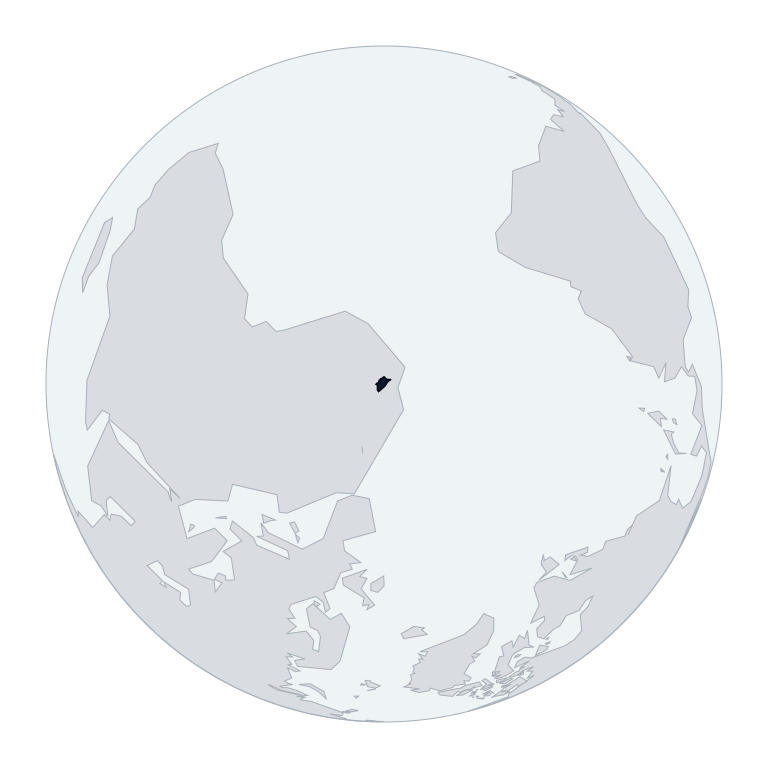 globe centered on Brakna, rotated 176°
{"feature_id": "MRT-2784", "entity_name": "Brakna", "entity_type": "Region", "adm_level": 1, "iso_a3": "MRT", "parent_name": "Mauritania", "parent_adm1": "", "projection": "orthographic", "projection_center": [-13.723, 17.338], "detail": "fine", "context": "on_globe", "style": "filled", "palette": "ink", "viewbox_px": 768, "rotation_deg": 176, "n_neighbors": 0, "source": "natural_earth", "source_scale": "10m", "svg_char_len": 9978}
<svg xmlns="http://www.w3.org/2000/svg" viewBox="0 0 768 768"><g transform="rotate(176 384 384)"><circle cx="384" cy="384" r="338" fill="#eef3f6" stroke="#a8b0b8"/><path d="M170.6,122.0L166.3,125.6L174.5,118.9L184.2,111.5L185.1,110.8L206.0,96.7L228.0,84.3L250.8,73.4L274.4,64.4L298.6,57.1L323.2,51.6L318.8,52.7L281.7,63.4L281.2,66.1L254.6,82.8L261.4,80.7L255.6,87.2L261.3,87.6L254.7,91.6L264.9,88.7L269.8,85.0L276.0,82.8L279.8,83.0L272.1,87.7L269.0,88.3L268.8,89.9L263.3,92.3L268.1,91.3L258.4,97.6L273.6,91.9L270.4,97.6L262.4,101.7L256.1,100.4L221.9,110.2L211.9,115.8L204.0,124.0L204.3,140.3L196.1,147.6L190.3,158.1L198.0,153.9L205.3,144.4L218.2,140.3L225.6,130.3L232.0,127.5L242.5,118.6L248.5,121.2L248.7,129.1L240.3,137.0L240.1,141.1L254.3,135.2L244.6,152.8L248.7,170.2L245.4,175.3L227.7,180.5L212.1,175.1L189.2,185.9L211.7,180.8L203.0,195.1L204.8,198.7L209.7,199.5L216.0,195.1L214.7,200.9L191.9,207.1L192.8,201.9L200.0,199.6L192.6,197.7L177.2,203.8L174.0,211.5L154.2,215.5L151.6,221.5L145.9,226.3L151.3,216.3L141.2,234.9L117.4,248.5L103.3,282.7L108.8,252.9L105.8,246.6L100.7,243.2L98.1,248.6L94.9,239.1L85.8,245.5L73.3,270.3L67.1,292.9L71.6,300.0L77.2,290.3L82.9,292.4L69.8,320.4L78.3,332.8L72.2,355.5L73.5,370.0L80.0,370.8L86.0,380.6L93.4,369.6L104.1,366.6L101.1,385.9L109.4,370.8L113.6,382.4L136.6,390.0L134.1,393.8L153.0,423.2L178.4,439.9L184.3,455.4L180.7,463.2L190.7,467.9L190.9,473.6L234.7,490.4L260.6,508.0L262.2,527.0L245.1,545.8L240.6,587.6L212.9,595.5L213.2,611.0L204.5,629.8L186.7,623.4L199.5,636.5L195.9,640.8L186.5,638.1L191.5,645.6L184.9,643.3L194.1,650.1L193.6,656.2L205.6,665.3L207.9,669.9L216.1,675.2L213.2,673.9L212.8,674.2L216.2,676.5L202.7,668.8L187.2,657.6L183.4,653.6L179.3,651.1L170.1,639.8L169.5,640.9L151.1,619.1L142.8,602.3L119.0,545.4L111.3,531.6L94.6,510.9L73.5,456.8L75.5,439.8L72.5,429.0L82.5,407.3L82.3,380.3L79.4,374.6L75.0,382.2L67.5,359.1L68.3,337.2L63.2,283.1L66.5,271.0L72.7,255.4L102.1,197.6L74.9,247.8L79.9,236.6L91.4,214.9L104.5,194.1L119.0,174.3L134.9,155.6L152.2,138.2L170.6,122.0ZM98.1,293.8L108.3,318.7L98.3,315.9L100.9,313.8L99.2,304.8L94.7,294.6L87.1,293.7L98.1,293.8ZM112.2,279.0L110.0,276.2L112.7,277.6L112.2,279.0ZM184.0,111.6L183.9,111.7L173.3,119.8L175.3,118.2L184.0,111.6ZM238.4,117.9L240.3,118.2L237.4,119.7L238.4,117.9ZM241.1,113.9L236.3,115.4L236.9,113.7L239.9,112.8L241.1,113.9ZM246.9,112.6L238.5,110.7L239.6,108.0L251.8,102.6L246.9,112.6ZM269.7,83.9L264.7,87.7L265.4,84.5L269.7,83.9ZM268.7,82.5L262.1,77.7L271.5,72.8L271.8,75.1L281.1,69.4L288.9,69.3L285.6,72.4L277.9,75.4L286.7,73.2L268.7,82.5ZM278.5,81.7L276.3,80.8L284.3,76.5L290.1,77.4L285.6,78.5L278.5,81.7ZM279.7,68.3L286.6,65.6L294.9,64.7L298.7,63.6L289.9,68.9L279.7,68.3ZM285.8,79.6L292.8,78.1L292.5,80.6L281.1,82.3L285.8,79.6ZM283.9,75.1L288.0,73.2L287.6,74.5L283.9,75.1ZM295.5,89.5L292.7,87.9L296.6,85.4L295.5,89.5ZM295.5,77.5L295.5,76.7L296.8,75.7L301.2,75.4L295.5,77.5ZM296.3,68.2L298.3,68.6L300.4,65.9L306.6,65.6L299.6,69.4L305.3,67.7L307.2,67.6L299.3,70.9L296.3,68.2ZM309.5,72.2L302.7,77.8L307.0,81.0L303.6,83.1L297.3,77.8L309.5,72.2ZM304.2,71.0L306.7,72.2L301.2,74.0L296.2,74.4L304.2,71.0ZM313.4,64.2L305.6,63.7L307.4,62.9L313.4,64.2ZM311.8,72.7L313.4,71.4L312.7,72.7L311.8,72.7ZM314.1,66.2L311.1,66.0L313.2,65.2L314.1,66.2ZM319.0,69.2L316.8,70.9L313.3,71.0L319.0,69.2ZM317.7,67.5L321.3,66.5L313.4,70.1L316.0,67.5L317.7,67.5ZM316.6,65.5L316.9,64.9L317.6,65.7L316.6,65.5ZM333.6,68.2L324.5,72.7L316.7,72.8L326.7,68.3L333.6,68.2ZM228.8,683.3L205.6,670.6L217.0,677.1L216.2,675.5L231.5,683.6L228.8,683.3ZM230.2,679.7L234.4,679.9L238.0,681.6L235.8,682.0L230.2,679.7ZM705.3,279.2L708.2,288.8L714.3,312.6L716.4,323.2L718.6,337.1L708.5,299.8L698.1,272.5L698.1,278.6L684.6,261.2L672.0,273.3L667.0,267.2L665.3,273.3L655.3,270.5L646.3,260.4L641.7,264.2L664.9,290.8L669.4,287.0L668.6,271.3L674.6,282.1L683.8,288.0L685.3,322.9L661.2,366.7L653.4,344.3L606.8,291.3L605.2,283.8L604.8,283.1L603.9,281.8L605.2,294.4L595.3,284.0L626.1,322.4L633.6,340.8L660.9,368.3L659.7,372.9L666.9,377.5L683.1,358.7L684.4,366.6L680.1,408.2L652.7,470.8L653.3,502.1L646.0,530.6L622.2,556.0L617.4,575.9L604.1,586.7L598.7,598.3L584.1,613.0L562.3,628.6L532.6,635.6L536.2,626.0L529.5,609.4L522.7,563.7L535.9,538.8L535.5,520.8L513.4,483.3L518.6,458.9L511.4,450.1L497.2,454.6L488.1,443.9L478.9,444.9L417.7,459.4L395.8,445.4L361.8,399.2L370.4,379.4L366.2,357.1L421.2,276.5L439.3,278.9L490.0,261.9L497.4,263.4L498.5,281.0L542.1,294.5L547.9,278.1L580.5,282.1L597.6,276.4L591.3,243.5L563.1,252.0L551.3,238.6L568.3,218.9L591.9,213.0L588.0,207.8L567.3,200.1L566.8,188.4L559.4,196.9L566.8,201.1L562.4,207.0L555.4,203.6L555.5,199.3L546.7,199.1L548.5,221.4L556.2,228.1L536.8,237.5L547.8,250.0L544.7,257.9L525.0,239.9L522.3,232.2L490.6,215.7L491.6,224.4L521.6,241.0L514.9,240.7L516.5,254.3L509.9,243.8L476.9,224.9L455.4,234.1L438.4,270.5L423.7,275.3L406.7,270.7L402.6,237.3L435.9,230.6L434.9,220.2L419.4,207.4L430.8,206.9L428.6,201.4L440.3,198.8L448.2,183.4L458.7,180.2L453.5,163.7L458.3,160.3L460.0,170.7L466.9,176.8L492.2,170.6L494.6,166.2L489.2,156.5L496.8,156.7L488.3,148.1L498.8,141.5L478.9,143.0L472.0,133.2L473.7,124.3L467.9,121.7L465.0,136.5L467.1,142.4L474.6,146.8L477.1,165.1L470.2,169.8L454.0,152.9L442.5,158.2L435.0,144.1L447.3,110.4L456.8,102.8L489.8,108.3L492.5,114.5L481.9,115.2L499.3,122.5L494.2,118.0L500.6,118.7L495.6,110.8L499.8,111.0L487.7,103.7L492.4,103.1L500.0,107.7L496.6,97.1L504.0,94.8L501.2,92.5L496.0,90.6L508.9,89.8L506.3,88.2L501.0,87.7L492.3,84.4L482.0,78.7L487.0,78.7L491.4,80.7L508.2,85.8L519.2,92.1L520.2,91.7L511.9,86.2L491.4,80.0L483.7,76.6L493.2,78.7L489.1,77.6L486.9,76.1L489.4,74.8L478.9,72.4L447.5,58.7L449.2,56.1L461.2,58.7L444.6,52.6L447.8,52.3L442.9,51.5L431.7,49.5L430.6,49.4L427.4,49.0L412.1,47.3L436.7,50.2L461.0,55.0L484.9,61.5L508.2,69.7L530.9,79.7L552.8,91.2L573.7,104.4L593.7,119.0L612.5,135.1L630.1,152.5L646.4,171.1L661.3,190.9L674.7,211.7L686.5,233.4L696.7,256.0L705.3,279.2ZM410.0,316.3L410.4,323.1L410.0,316.3ZM622.4,223.6L632.9,219.5L618.6,203.1L621.4,200.5L615.5,196.3L617.5,202.0L601.5,190.3L602.6,182.8L596.4,175.8L592.5,177.0L593.2,192.9L616.0,209.1L617.7,217.9L622.4,223.6ZM137.5,390.0L139.9,394.7L135.9,393.5L137.5,390.0ZM94.7,323.0L97.9,325.3L98.8,329.2L95.9,328.8L94.7,323.0ZM126.8,338.5L131.5,342.2L125.7,341.6L126.8,338.5ZM110.3,322.2L123.0,336.3L111.8,337.8L104.2,329.2L110.7,330.4L110.3,322.2ZM106.2,289.0L107.7,291.5L105.8,294.6L106.2,289.0ZM114.1,280.1L113.2,280.0L113.3,276.6L114.1,280.1ZM204.4,194.7L206.1,194.4L210.2,196.4L206.3,197.9L204.4,194.7ZM239.9,193.4L236.9,202.9L236.4,196.7L230.4,199.9L221.9,191.8L243.2,177.4L235.1,185.0L239.9,193.4ZM216.4,178.3L219.4,184.2L215.2,178.4L216.4,178.3ZM404.7,176.6L411.5,179.0L411.1,185.7L397.6,192.6L398.0,182.6L404.7,176.6ZM421.2,181.3L408.8,164.1L416.7,160.1L414.4,165.1L420.8,164.1L418.8,172.1L438.3,186.1L439.3,193.1L413.9,200.2L421.7,193.6L414.6,191.2L421.2,181.3ZM363.5,136.2L358.3,131.1L382.1,128.5L384.3,133.7L371.0,140.1L360.7,137.8L363.5,136.2ZM270.1,104.5L266.6,104.5L268.7,102.9L273.4,101.7L270.1,104.5ZM293.9,89.0L287.8,103.9L283.4,104.3L285.1,113.8L274.3,118.9L273.5,112.4L266.5,124.0L261.5,120.2L258.0,128.3L257.5,113.2L252.7,111.1L262.1,111.3L272.2,106.5L275.2,103.8L279.9,94.9L274.6,88.9L283.8,84.0L291.6,82.2L294.3,82.9L287.5,85.6L296.0,84.6L288.2,89.2L293.9,89.0ZM378.7,76.7L369.7,77.4L385.4,80.4L377.7,83.2L380.0,83.4L377.1,87.2L377.7,92.3L373.2,93.2L375.4,94.9L373.5,97.8L375.0,100.6L367.4,103.5L368.6,107.4L364.3,106.6L368.4,112.6L362.0,109.6L359.0,113.7L366.8,114.5L322.3,128.1L308.6,137.8L300.6,148.0L290.7,142.7L291.8,130.3L299.4,116.5L314.0,108.6L306.8,108.1L311.7,104.4L315.3,106.3L312.7,101.3L317.7,99.0L324.4,89.5L317.5,84.9L319.8,81.8L325.0,82.5L323.6,79.0L335.0,78.4L336.9,76.3L350.0,74.1L358.9,77.4L360.4,74.9L370.4,73.8L378.7,76.7ZM337.4,67.6L349.8,69.8L351.7,72.7L328.1,75.4L324.8,77.4L309.8,80.2L307.4,76.2L311.9,75.6L315.7,74.2L315.0,76.0L318.4,73.6L324.8,72.9L329.2,71.0L332.1,72.1L337.4,67.6ZM501.8,255.9L506.7,255.6L513.7,253.4L514.8,262.4L501.8,255.9ZM479.1,243.2L483.1,241.3L488.0,251.9L482.8,252.6L479.1,243.2ZM481.0,231.7L482.9,240.3L478.8,236.1L481.0,231.7ZM463.2,168.8L466.9,166.7L468.9,168.8L468.8,172.7L463.2,168.8ZM423.5,89.7L418.1,88.7L418.1,87.6L408.8,83.2L413.8,81.2L421.4,83.2L423.5,89.7ZM589.0,250.3L586.5,257.8L582.8,255.8L584.4,253.5L589.0,250.3ZM550.8,260.7L561.5,262.3L550.9,263.1L550.8,260.7ZM427.4,86.8L423.0,85.1L428.2,85.2L427.4,86.8ZM417.0,79.7L422.4,79.4L413.3,80.5L417.0,79.7ZM677.6,511.0L651.5,564.5L643.1,569.0L646.6,556.0L659.7,525.1L671.2,511.9L678.2,496.1L677.6,511.0ZM463.6,74.1L471.0,81.8L479.6,87.4L489.7,90.2L478.7,90.2L465.4,81.4L463.6,74.1ZM449.0,60.3L440.2,58.9L441.8,58.1L444.0,58.3L449.0,60.3ZM445.3,60.4L438.8,61.7L432.4,60.0L438.8,59.3L445.3,60.4ZM433.6,72.5L435.4,74.7L431.1,74.4L433.6,72.5ZM427.0,49.1L422.5,48.6L421.6,48.3L427.0,49.1ZM409.6,47.4L413.8,48.0L407.3,47.3L409.6,47.4ZM423.5,49.7L414.5,48.2L426.1,49.7L423.5,49.7Z" fill="#d9dde1" stroke="#a8b0b8" stroke-width="1"/><path d="M377.3,388.1L377.2,388.1L377.1,387.9L377.7,387.4L378.5,387.0L378.9,386.8L379.1,386.7L379.3,386.5L380.6,385.5L382.7,382.4L383.9,381.3L385.5,380.1L389.9,376.8L391.0,378.5L390.8,380.1L390.7,381.1L390.8,381.1L390.6,383.1L391.4,383.9L392.0,384.3L391.9,384.4L391.8,384.5L391.7,384.6L391.3,384.7L391.2,384.8L390.9,385.0L390.8,385.3L390.6,385.3L390.4,385.4L390.4,385.5L390.2,385.5L389.9,385.6L389.6,385.7L389.2,386.2L389.1,386.3L389.1,386.6L389.1,386.8L389.1,387.0L388.8,387.4L388.7,387.7L388.6,388.0L388.0,388.4L387.5,388.5L387.2,388.8L387.2,389.3L384.8,390.1L384.5,390.2L384.4,390.4L384.4,390.7L384.3,390.8L384.1,390.9L383.9,390.8L383.7,391.0L383.4,391.2L383.2,391.0L383.2,390.8L383.1,390.7L382.7,390.6L382.6,390.4L382.6,390.2L382.6,389.9L382.4,389.8L382.2,389.7L381.7,389.2L381.4,388.9L381.2,388.7L380.9,388.7L380.8,388.4L380.6,388.4L380.6,388.2L380.1,388.0L379.8,388.1L379.7,388.1L379.4,388.1L379.1,388.2L378.9,388.2L378.7,388.1L378.4,388.1L377.4,388.1L377.3,388.1Z" fill="#0f172a" stroke="#020617" stroke-width="1.5"/></g></svg>